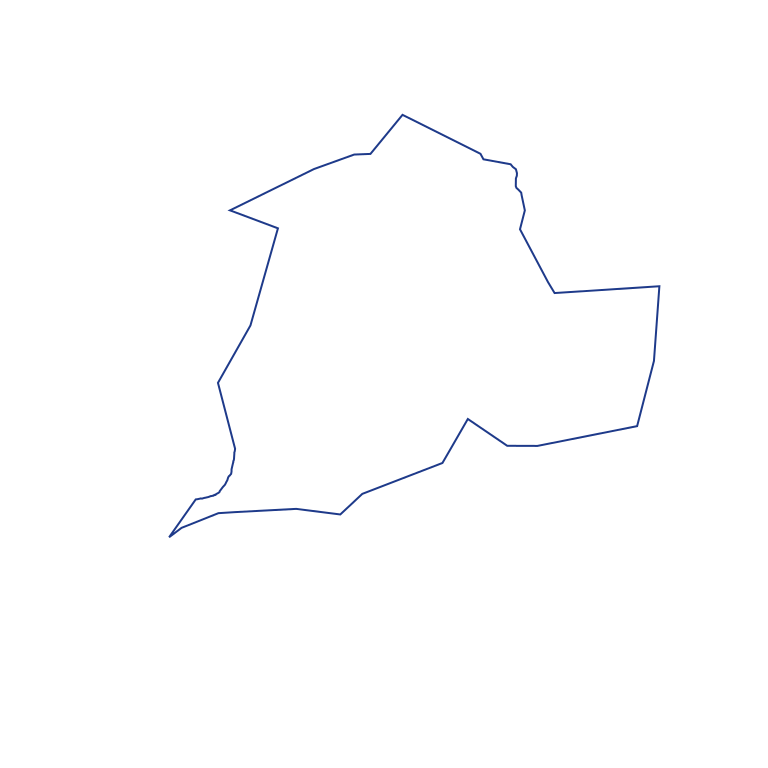 Darvi, Govi-Altay, Mongolia, rotated 307°
{"feature_id": "93677404B27205660652351", "entity_name": "Darvi", "entity_type": "district", "adm_level": 2, "iso_a3": "MNG", "parent_name": "Mongolia", "parent_adm1": "Govi-Altay", "projection": "orthographic", "projection_center": [94.024, 46.494], "detail": "fine", "context": "isolated", "style": "outline", "palette": "blue", "viewbox_px": 768, "rotation_deg": 307, "n_neighbors": 0, "source": "geoboundaries", "source_scale": "gbopen_adm2", "svg_char_len": 1306}
<svg xmlns="http://www.w3.org/2000/svg" viewBox="0 0 768 768"><g transform="rotate(307 384 384)"><path d="M430.0,156.5L444.5,205.6L350.4,242.1L285.0,250.7L242.7,304.0L241.7,304.6L240.4,305.3L239.2,305.7L238.3,306.4L235.1,308.5L233.9,309.3L232.7,309.9L231.6,310.1L231.1,310.6L230.2,310.9L224.1,313.6L222.2,315.0L220.2,316.0L219.1,315.9L218.0,315.9L217.6,315.8L217.0,315.6L215.5,315.8L212.8,316.8L211.1,317.0L209.2,317.4L207.7,317.6L204.8,317.3L202.6,317.3L199.5,317.3L198.9,317.6L198.0,317.5L196.7,317.0L195.3,316.3L194.9,316.2L194.1,316.0L193.8,315.7L193.7,315.9L193.2,315.5L192.5,315.0L191.9,314.8L191.6,314.3L190.9,313.9L190.4,313.3L189.8,312.8L189.3,312.6L187.7,311.5L186.8,310.7L185.8,309.9L185.3,309.4L184.3,308.6L182.9,307.6L182.4,306.6L182.0,306.3L180.5,305.0L180.0,304.6L178.5,303.1L132.5,304.6L132.3,304.6L147.3,308.9L181.2,329.5L192.0,342.1L231.4,389.0L253.5,427.6L283.2,432.8L356.1,478.2L373.4,476.1L406.5,472.0L408.8,519.6L426.9,543.8L502.7,611.5L564.9,585.7L627.8,545.1L559.3,465.5L564.1,453.6L589.4,399.5L607.4,392.0L617.5,380.4L619.4,378.4L620.1,374.2L620.3,371.8L621.3,370.2L627.6,365.6L630.2,364.8L632.4,363.3L634.9,360.1L634.9,356.2L635.7,352.9L623.3,328.2L625.9,322.5L610.1,236.8L559.6,234.7L549.3,222.1L513.5,198.7L430.0,156.5Z" fill="none" stroke="#1e3a8a" stroke-width="2"/></g></svg>